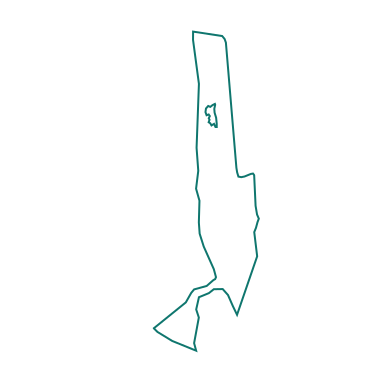 the border of South-East, rotated 162°
{"feature_id": "BWA-2648", "entity_name": "South-East", "entity_type": "District", "adm_level": 1, "iso_a3": "BWA", "parent_name": "Botswana", "parent_adm1": "", "projection": "equal_earth", "projection_center": [25.773, -25.011], "detail": "fine", "context": "isolated", "style": "outline", "palette": "teal", "viewbox_px": 384, "rotation_deg": 162, "n_neighbors": 0, "source": "natural_earth", "source_scale": "10m", "svg_char_len": 1059}
<svg xmlns="http://www.w3.org/2000/svg" viewBox="0 0 384 384"><g transform="rotate(162 192 192)"><path d="M270.4,74.2L232.0,88.9L223.9,96.3L220.1,98.7L207.1,98.1L198.9,101.6L196.9,102.0L195.5,103.6L195.1,111.9L197.7,136.5L197.6,150.0L194.9,160.9L187.6,181.4L187.1,193.9L179.5,210.2L174.0,232.6L152.0,292.7L144.0,336.4L141.4,344.2L115.1,331.0L113.7,327.4L113.6,323.6L142.3,201.3L143.0,196.7L143.1,192.3L140.6,190.9L137.3,190.5L130.4,191.0L128.3,190.7L127.8,189.3L127.7,188.7L135.8,159.2L137.1,150.5L136.7,146.0L139.0,143.1L142.2,138.2L145.2,134.6L149.9,110.7L187.1,61.3L188.4,70.9L189.6,82.9L192.8,90.2L201.3,92.8L207.2,90.6L217.9,89.8L224.3,79.0L224.3,70.5L236.7,47.6L237.1,39.8L256.9,56.5L268.1,69.6L270.4,74.1L270.4,74.2ZM150.0,250.0L149.6,246.6L148.4,246.2L147.4,249.3L146.1,255.2L146.0,260.4L145.1,264.2L143.0,267.8L143.0,268.7L145.6,268.3L148.3,267.3L150.0,268.8L152.9,267.1L154.5,263.8L154.4,260.5L152.2,260.6L151.6,258.7L153.3,256.9L153.0,255.3L154.6,253.2L153.4,251.7L152.9,249.3L150.0,250.0Z" fill="none" stroke="#0f766e" stroke-width="2"/></g></svg>